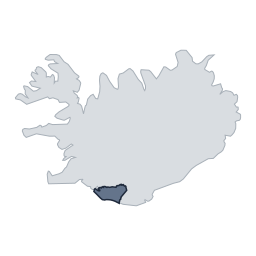 Rangárþing eystra, Suðurland, Iceland (highlighted)
{"feature_id": "244011B21062297179388", "entity_name": "Rangárþing eystra", "entity_type": "district", "adm_level": 2, "iso_a3": "ISL", "parent_name": "Iceland", "parent_adm1": "Suðurland", "projection": "orthographic", "projection_center": [-19.715, 63.654], "detail": "medium", "context": "in_parent", "style": "filled", "palette": "slate", "viewbox_px": 256, "rotation_deg": 0, "n_neighbors": 0, "source": "geoboundaries", "source_scale": "gbopen_adm2", "svg_char_len": 5026}
<svg xmlns="http://www.w3.org/2000/svg" viewBox="0 0 256 256"><path d="M195.9,63.8L198.2,63.9L201.8,61.9L206.8,56.6L208.9,55.3L214.1,54.9L208.2,60.2L206.3,65.6L204.7,68.3L204.8,69.5L209.5,72.3L211.5,71.1L212.5,71.4L213.5,72.9L214.3,75.8L214.2,78.9L213.1,82.1L211.6,84.9L211.9,85.7L213.3,86.0L220.6,83.8L221.7,87.6L222.5,88.8L222.4,90.1L219.8,94.4L223.1,91.6L225.8,90.6L230.6,91.5L232.6,92.8L234.0,95.3L236.3,94.3L237.5,95.6L237.7,97.2L237.0,101.7L234.4,104.1L236.4,107.1L237.9,107.0L238.2,107.7L238.2,109.6L236.2,112.0L240.1,114.1L240.6,114.9L240.6,117.7L240.2,119.4L239.2,120.4L236.6,120.8L235.1,122.0L235.8,123.7L235.7,128.4L234.0,132.5L232.2,134.7L230.5,136.2L225.1,135.2L225.6,138.5L223.8,140.7L224.3,142.4L225.1,143.2L224.9,145.4L222.9,150.2L221.3,151.8L218.0,153.9L213.3,158.4L208.3,158.7L196.3,165.4L191.6,168.9L183.3,179.0L179.7,181.7L173.4,183.3L154.4,190.3L152.3,194.1L152.2,195.0L153.1,196.4L151.7,199.1L148.9,201.1L147.5,201.2L145.0,199.6L144.7,200.4L145.7,202.4L136.3,205.8L123.1,204.3L111.4,199.6L102.1,198.6L95.7,192.1L95.6,191.0L96.3,189.1L98.6,188.3L97.5,186.3L93.6,189.7L92.3,189.5L90.7,188.1L90.6,186.7L87.4,186.2L81.8,181.9L81.4,181.0L82.8,179.6L82.6,179.3L79.5,179.5L75.0,183.2L48.7,183.8L47.9,181.7L47.2,174.2L48.3,171.1L49.3,171.4L52.2,175.8L59.3,173.7L62.2,172.2L64.9,168.3L66.5,167.0L68.7,161.9L71.0,158.8L75.4,157.4L71.5,156.4L64.9,160.3L62.7,160.3L63.8,158.5L66.1,156.5L64.5,156.3L64.0,155.4L64.0,153.5L65.2,150.4L73.0,145.1L71.3,144.0L65.9,148.1L62.0,149.4L58.9,147.4L57.5,144.7L57.6,143.6L59.6,140.4L59.3,139.7L58.1,139.3L54.8,136.1L49.5,136.2L36.4,133.8L26.2,137.4L24.0,135.3L22.3,131.0L22.8,129.4L24.6,128.5L29.4,129.0L36.7,127.4L40.0,125.2L41.3,125.8L41.8,127.1L46.3,125.5L48.7,123.4L52.6,124.6L67.4,124.1L69.4,121.3L70.3,118.0L69.9,117.3L64.4,120.2L63.2,120.1L57.0,118.2L54.8,116.3L55.6,114.8L59.1,111.8L67.7,106.7L68.9,105.7L69.0,104.4L65.8,102.0L59.5,102.4L58.0,99.6L52.9,97.8L49.4,98.7L47.7,96.9L26.7,104.3L20.4,99.9L15.7,98.9L15.4,97.7L18.4,94.1L20.3,93.6L22.2,94.1L25.6,96.9L28.0,97.9L25.2,93.9L25.3,90.2L24.4,89.1L23.6,86.6L24.0,85.8L27.7,86.6L33.4,91.2L36.4,90.7L40.3,88.2L31.9,86.1L29.5,82.6L31.5,81.0L35.8,81.5L31.3,75.4L31.2,74.4L32.2,71.9L38.1,74.5L35.1,70.9L35.1,70.1L36.0,69.5L36.6,67.4L38.2,66.7L41.2,67.6L45.7,71.8L46.3,73.0L46.3,77.0L48.2,76.5L50.4,77.1L52.4,74.5L53.6,75.2L54.5,77.7L54.2,83.1L55.5,81.2L57.8,81.2L58.3,76.8L58.0,73.2L51.0,68.8L48.3,65.7L48.7,64.7L50.1,63.9L57.7,63.5L54.5,61.6L53.8,59.8L48.1,60.2L45.3,59.3L45.3,58.4L46.5,57.1L50.1,54.5L56.6,54.6L59.2,55.4L64.0,61.7L68.0,64.3L74.5,72.8L78.8,76.1L79.0,76.9L78.2,77.9L76.5,78.9L79.1,80.4L80.6,82.6L80.7,83.5L79.1,90.1L77.3,92.3L73.3,90.9L74.2,93.0L77.1,95.4L77.7,96.7L77.2,97.9L78.6,97.5L79.1,98.2L78.3,102.0L77.5,103.4L80.0,104.2L81.6,106.1L83.5,113.8L84.8,107.9L85.4,105.8L86.4,105.0L87.7,99.1L90.6,95.6L93.1,94.3L95.7,98.5L97.7,98.9L99.7,91.7L100.0,86.3L99.5,80.3L99.9,76.1L101.2,73.6L102.9,72.8L106.5,75.4L109.6,81.3L114.1,87.7L117.4,89.3L117.9,89.1L118.5,87.0L118.0,78.6L119.4,74.1L123.2,73.0L128.8,68.8L130.1,68.6L133.0,71.0L138.2,79.3L141.8,83.2L143.9,89.4L144.7,90.6L145.5,88.6L145.5,85.8L140.8,72.9L140.7,71.2L141.1,69.7L148.9,70.2L150.7,71.6L156.4,78.9L158.9,75.7L163.9,66.8L165.7,67.0L170.3,70.3L172.1,70.0L177.2,66.5L178.1,62.4L175.5,54.2L176.3,52.5L181.0,50.2L186.2,50.3L192.1,57.6L192.5,61.2L195.9,63.8Z" fill="#d9dde1" stroke="#a8b0b8" stroke-width="1"/><path d="M121.1,197.0L126.7,190.3L125.9,187.3L125.9,186.5L125.7,186.2L125.3,185.9L125.1,185.9L124.6,186.1L124.0,185.6L123.4,185.3L123.2,185.2L123.4,185.1L123.5,184.8L123.2,184.6L123.0,184.8L122.8,184.9L122.7,184.8L122.4,184.8L122.2,184.9L121.8,185.2L121.6,185.2L121.4,185.0L121.4,184.9L121.5,184.8L121.4,184.6L121.4,184.4L121.2,184.3L120.9,184.4L120.4,184.6L120.1,184.6L119.9,184.9L119.9,185.0L119.5,185.0L119.0,185.5L118.5,185.5L118.3,185.6L118.1,185.6L117.7,185.8L117.4,185.6L117.1,185.6L116.5,186.1L116.0,187.3L112.2,186.8L109.7,187.4L107.9,187.0L107.3,187.1L107.1,187.4L106.7,187.4L106.2,187.3L106.0,187.0L105.8,186.7L105.4,186.6L104.8,186.6L104.6,186.5L104.3,186.5L104.2,186.7L103.7,186.7L103.3,186.6L103.0,186.6L102.9,186.8L103.0,187.1L102.8,187.0L102.8,186.8L102.7,186.8L102.6,187.1L101.8,187.2L101.9,187.4L101.8,187.5L101.5,187.4L101.4,187.6L101.5,187.8L101.4,187.9L101.0,187.5L100.8,187.7L100.6,187.7L100.1,187.8L100.0,187.6L99.9,187.6L99.5,187.9L99.3,187.7L99.0,187.9L99.1,188.0L99.0,188.4L98.7,188.5L98.4,188.6L98.4,188.8L98.6,189.5L99.2,190.0L99.5,190.0L99.8,190.2L99.6,190.8L98.2,190.7L95.2,188.7L94.6,189.1L94.3,189.6L94.2,190.0L94.2,190.5L94.2,190.8L94.0,191.3L93.9,191.5L96.5,194.0L100.6,198.2L102.3,199.6L103.8,199.9L103.8,200.0L103.8,199.9L104.1,199.9L104.0,200.1L104.1,199.9L104.7,200.0L106.0,199.6L107.3,199.6L109.0,199.7L110.8,199.9L112.7,200.4L114.8,201.1L119.2,203.3L119.3,201.8L119.4,201.4L119.6,201.2L119.6,200.7L119.7,200.0L120.0,199.7L120.6,199.4L120.6,199.2L120.7,198.9L120.7,198.7L120.7,198.3L120.9,198.1L121.0,197.8L121.0,197.5L121.1,197.4L121.1,197.0Z" fill="#64748b" stroke="#1e293b" stroke-width="1.5"/></svg>